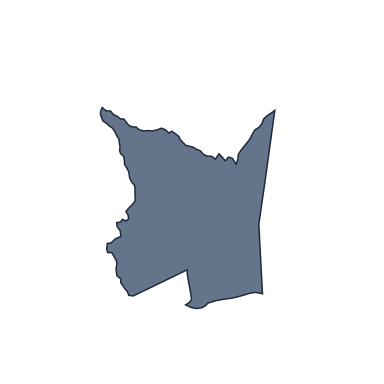 the district of São João do Sul, Santa Catarina, Brazil, rotated 48°
{"feature_id": "56859067B43932485433682", "entity_name": "São João do Sul", "entity_type": "district", "adm_level": 2, "iso_a3": "BRA", "parent_name": "Brazil", "parent_adm1": "Santa Catarina", "projection": "albers", "projection_center": [-49.843, -29.193], "detail": "fine", "context": "isolated", "style": "filled", "palette": "slate", "viewbox_px": 384, "rotation_deg": 48, "n_neighbors": 0, "source": "geoboundaries", "source_scale": "gbopen_adm2", "svg_char_len": 1791}
<svg xmlns="http://www.w3.org/2000/svg" viewBox="0 0 384 384"><g transform="rotate(48 192 192)"><path d="M187.9,103.3L189.2,107.9L191.2,113.1L192.2,118.0L192.9,122.7L193.9,128.4L195.1,132.4L198.2,135.8L200.9,140.7L194.2,139.4L190.4,141.5L191.2,146.4L186.0,146.2L181.6,146.4L183.3,152.7L178.9,153.3L175.0,157.0L170.7,158.5L167.0,158.2L163.1,160.1L159.3,161.2L156.0,163.5L153.2,165.4L148.7,165.6L145.0,165.6L141.9,164.6L138.3,165.2L133.3,166.3L132.6,169.9L128.3,170.0L124.3,171.8L122.4,176.5L119.9,180.9L116.9,183.6L114.6,186.7L110.6,189.5L106.3,190.1L103.5,192.9L100.2,194.4L95.9,194.1L92.1,193.8L89.9,196.3L85.8,196.9L81.5,198.6L77.3,198.3L74.2,201.6L69.2,202.2L70.8,205.8L73.1,208.1L76.3,209.4L79.9,210.7L83.2,209.7L86.8,209.4L91.3,208.4L95.9,209.0L99.7,210.3L104.0,211.0L107.3,213.5L110.5,215.4L112.7,218.1L115.8,219.4L119.9,218.9L123.8,221.5L126.5,223.8L129.8,224.2L134.7,225.5L140.0,229.0L144.5,230.2L149.0,230.4L152.0,232.7L154.6,235.2L157.7,237.6L160.6,240.4L161.5,245.5L161.6,249.7L162.3,254.2L165.9,254.8L169.3,256.7L169.5,260.5L165.9,261.8L166.4,265.4L164.3,268.5L167.7,270.9L173.0,271.4L177.3,274.5L175.5,280.6L175.7,286.3L173.5,289.3L177.3,293.5L180.6,295.2L183.3,292.2L188.7,293.3L192.0,294.0L195.2,295.9L197.8,299.4L200.5,301.6L204.1,303.9L208.8,303.1L211.7,305.6L215.0,306.0L218.6,306.6L223.1,306.7L226.5,308.1L229.9,305.3L246.6,247.7L250.2,250.7L253.9,253.0L257.2,255.1L267.3,261.3L271.5,264.2L272.4,267.6L271.6,272.3L277.5,269.8L281.7,266.5L284.8,261.9L285.5,258.1L285.3,254.3L288.8,246.9L293.1,239.9L297.5,233.5L300.1,228.9L302.3,224.5L306.1,216.4L309.2,211.8L314.8,207.7L271.6,172.8L266.3,168.4L260.5,163.7L255.6,157.8L231.1,128.4L186.8,75.9L186.2,81.2L185.6,85.4L185.6,89.7L187.9,94.3L188.8,98.7L187.9,103.3Z" fill="#64748b" stroke="#1e293b" stroke-width="1.5"/></g></svg>